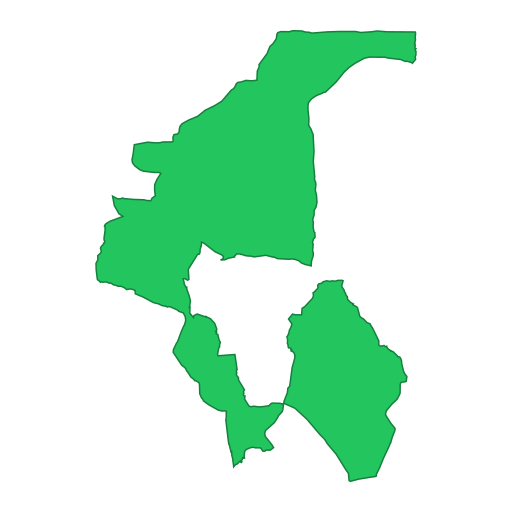 Arusha, Arusha, United Republic of Tanzania (orthographic projection)
{"feature_id": "72390352B32479700182608", "entity_name": "Arusha", "entity_type": "district", "adm_level": 2, "iso_a3": "TZA", "parent_name": "United Republic of Tanzania", "parent_adm1": "Arusha", "projection": "orthographic", "projection_center": [36.712, -3.359], "detail": "fine", "context": "isolated", "style": "filled", "palette": "green", "viewbox_px": 512, "rotation_deg": 0, "n_neighbors": 0, "source": "geoboundaries", "source_scale": "gbopen_adm2", "svg_char_len": 6061}
<svg xmlns="http://www.w3.org/2000/svg" viewBox="0 0 512 512"><path d="M150.9,200.7L146.8,200.5L144.1,199.8L133.1,199.4L124.2,198.6L122.6,198.0L120.4,198.8L117.5,198.8L112.6,196.2L114.3,205.5L118.9,213.7L122.9,216.4L110.1,221.2L106.1,223.6L105.0,224.8L104.5,226.3L105.0,226.4L105.1,230.4L104.0,238.2L104.1,240.1L104.8,241.0L104.4,242.9L103.6,243.1L103.6,244.0L101.1,246.7L100.4,248.2L101.3,251.1L100.8,252.9L97.7,255.7L97.9,259.7L96.0,263.4L96.2,270.0L97.3,279.2L98.2,280.3L100.2,281.7L100.4,282.3L101.3,281.9L102.6,282.2L106.1,281.9L109.4,283.2L110.3,283.0L111.6,283.5L113.7,285.0L114.7,284.9L118.3,286.3L120.6,286.2L122.2,286.7L124.8,288.0L126.6,289.6L130.0,289.0L131.9,289.1L135.1,290.5L135.3,293.8L143.2,297.1L153.4,302.6L159.4,304.1L159.4,304.4L162.5,305.7L166.0,306.3L167.2,307.0L168.5,306.6L170.7,307.0L177.8,310.2L178.7,311.3L183.3,312.9L185.2,316.6L185.7,320.1L185.3,322.0L184.4,325.2L183.8,325.8L181.3,331.6L177.5,341.8L176.4,343.3L173.4,349.6L173.2,352.3L181.7,365.2L184.6,367.4L185.7,368.7L186.8,371.1L187.3,371.5L190.9,377.1L193.7,379.2L194.8,380.8L196.1,380.8L199.1,382.9L199.5,385.0L199.7,393.6L201.4,397.7L203.0,399.6L203.4,400.8L208.6,404.7L218.2,410.1L221.7,411.0L224.9,410.9L226.3,411.4L226.2,418.4L225.8,419.7L228.3,440.8L228.8,444.1L229.1,444.1L231.0,451.9L231.6,451.5L231.8,455.3L232.6,458.3L233.7,466.8L235.7,464.4L236.9,464.2L239.9,461.4L241.2,462.5L241.6,462.4L241.9,461.2L241.2,460.5L242.4,459.2L242.6,457.6L243.1,457.6L243.3,458.2L244.5,458.1L244.2,456.7L244.6,451.8L244.9,451.0L246.4,449.4L250.2,447.8L253.0,447.2L255.0,447.8L260.5,447.9L262.9,451.2L264.7,451.2L266.2,450.1L270.4,450.1L273.6,447.6L271.8,444.6L265.3,436.5L264.7,433.4L265.6,430.4L274.4,422.6L277.7,417.5L278.4,415.8L282.0,411.9L282.8,410.0L283.6,403.4L282.2,404.0L280.1,403.3L272.5,403.1L271.5,403.3L270.0,404.5L269.2,405.7L262.9,406.6L258.6,406.9L254.1,406.2L250.9,406.7L248.9,406.0L244.6,399.0L245.0,396.0L243.7,395.7L243.4,394.6L243.9,393.5L243.5,391.4L244.5,389.9L238.6,380.1L238.4,377.5L236.8,375.6L236.2,374.3L236.8,373.1L236.3,371.0L236.7,369.5L237.1,369.5L234.9,354.5L218.0,355.8L217.6,354.3L218.7,348.1L219.6,347.0L219.6,344.7L220.4,342.4L219.1,340.1L217.8,334.4L216.1,333.6L216.7,332.0L215.6,331.4L216.6,330.4L216.7,328.8L214.6,323.2L210.4,318.7L205.8,316.5L205.8,317.0L197.1,314.0L194.0,315.5L193.5,317.5L189.8,313.2L190.0,307.2L189.4,307.4L190.5,301.1L189.1,295.5L186.9,289.5L186.7,287.1L185.9,287.4L184.0,283.3L184.2,282.8L183.1,278.8L184.6,278.6L187.7,280.2L188.9,279.4L188.3,269.3L197.6,254.4L199.3,254.1L200.0,252.5L200.1,249.5L200.9,246.9L200.7,246.3L201.3,246.1L201.5,242.1L204.4,243.5L215.1,251.8L221.9,255.0L223.4,256.5L223.1,258.7L220.5,260.0L224.8,259.8L228.5,258.2L234.6,257.0L234.5,256.3L236.7,253.9L240.0,254.0L241.4,254.6L242.2,254.4L244.4,255.4L247.7,256.0L250.7,256.1L254.2,256.9L265.8,255.3L273.2,257.2L273.9,256.9L277.3,258.6L289.1,259.3L291.9,258.9L295.4,259.5L299.4,261.0L300.8,262.6L304.6,264.3L311.2,265.9L311.5,261.2L313.2,255.7L313.4,253.5L312.6,250.3L313.2,244.2L312.5,242.5L313.4,239.1L315.1,237.3L314.8,232.6L313.9,231.6L313.1,226.5L313.4,222.8L312.7,219.4L314.1,215.0L314.1,210.5L316.1,206.9L317.0,202.1L316.4,194.5L315.3,190.4L315.9,184.4L315.6,182.3L314.5,179.5L314.7,176.3L313.3,161.7L314.0,151.3L313.1,134.5L310.9,128.9L308.7,125.3L308.9,118.3L308.0,110.2L308.0,105.3L308.6,102.5L311.4,99.0L314.0,97.1L317.0,95.3L322.2,93.3L322.9,92.7L325.6,92.0L336.2,81.9L343.9,72.4L348.9,67.6L355.2,63.2L364.4,58.2L369.5,57.1L384.8,57.2L388.3,58.1L400.7,59.5L404.9,61.3L407.8,61.4L411.9,62.7L412.4,63.3L415.6,59.4L415.2,56.7L415.9,55.1L416.0,51.5L415.1,49.8L416.0,48.7L414.8,47.8L415.4,45.2L414.5,43.9L415.0,43.5L414.9,42.3L415.5,39.9L415.2,37.6L415.6,33.1L415.3,32.0L387.2,31.8L377.1,31.0L371.3,31.8L360.7,32.5L355.6,31.5L338.8,31.5L327.1,31.9L311.8,33.1L309.4,32.3L305.1,32.0L302.2,31.0L292.9,30.7L289.3,31.7L280.8,31.6L277.8,32.6L276.9,34.2L276.3,38.8L272.9,43.8L270.0,46.3L267.0,53.7L259.0,64.6L259.2,66.7L257.3,71.1L256.9,80.2L252.0,80.8L245.9,80.4L241.3,81.9L237.9,82.4L236.3,83.8L234.6,87.4L233.1,89.0L231.4,90.0L221.7,101.3L214.5,105.7L205.2,110.2L197.6,116.3L188.8,120.0L182.1,123.7L180.1,126.2L179.4,128.6L179.1,131.8L178.3,133.3L176.5,134.3L175.1,134.3L173.8,134.8L172.9,137.4L173.2,141.1L172.2,141.9L162.5,142.0L160.5,142.6L156.7,142.9L147.5,142.2L134.3,144.7L133.0,155.0L132.0,159.5L132.5,162.9L135.1,166.2L139.9,169.8L143.4,171.2L154.7,172.5L159.0,172.4L160.8,173.4L157.0,179.4L154.7,184.6L154.6,190.1L155.3,195.8L152.0,198.2L150.9,200.7ZM395.1,428.5L390.8,423.2L385.5,414.8L385.9,412.1L386.9,410.1L392.2,403.8L396.9,399.5L399.2,395.3L400.1,393.1L400.2,384.5L400.7,382.8L401.7,382.1L404.0,382.0L406.2,381.4L406.9,376.5L404.7,373.7L403.5,371.1L401.7,363.6L401.5,360.8L400.6,358.2L399.6,357.0L397.7,356.6L397.4,355.9L393.0,351.6L392.3,351.5L391.4,350.8L390.8,351.1L389.6,349.8L388.8,349.6L386.8,347.3L386.8,346.3L385.2,346.5L384.1,345.5L380.5,346.2L378.8,344.9L378.8,340.9L372.6,328.1L370.7,325.3L370.4,324.4L369.9,323.7L367.0,322.6L363.9,319.3L359.9,316.6L357.5,307.7L356.7,306.8L352.8,304.9L352.7,304.5L353.4,304.4L353.5,304.0L350.5,302.3L347.6,299.4L347.3,296.5L346.1,295.4L345.5,293.2L344.6,292.2L344.2,290.3L341.6,286.3L343.1,280.7L342.0,280.3L337.6,280.4L335.8,281.1L331.5,280.9L330.3,281.4L326.6,280.8L323.0,281.8L321.6,283.3L318.7,283.9L317.7,285.3L318.0,287.6L317.5,288.6L313.7,292.5L313.1,292.7L313.4,296.0L312.5,298.3L304.9,306.5L302.1,308.3L301.6,314.8L295.5,314.8L292.5,314.1L288.5,319.0L291.9,324.0L290.9,327.3L289.4,330.2L288.8,333.1L287.6,336.0L286.9,336.6L287.6,339.6L287.4,343.6L288.2,345.1L288.0,346.1L288.6,347.9L290.5,348.0L291.0,348.4L290.8,349.9L291.9,350.1L291.4,351.1L292.1,351.2L293.8,352.6L294.8,354.8L294.8,357.8L292.1,367.9L289.7,386.1L287.8,388.3L287.4,392.6L284.2,400.9L283.7,403.2L294.9,408.2L306.9,419.2L319.7,434.3L324.7,439.4L327.5,443.9L336.2,454.2L346.2,470.3L348.4,473.3L349.1,480.7L350.4,481.3L358.8,479.1L376.1,476.3L376.6,473.8L379.8,467.4L383.4,458.4L389.8,444.7L390.1,443.2L390.6,443.1L392.2,437.4L394.9,430.5L395.1,428.5Z" fill="#22c55e" stroke="#15803d" stroke-width="1.5"/></svg>